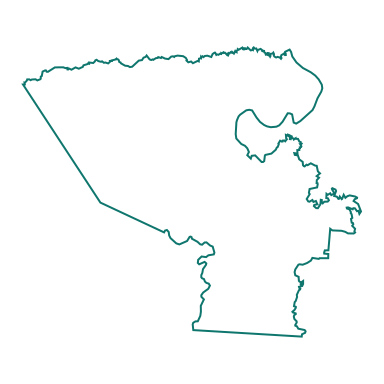 Jesús Carranza, Veracruz, Mexico (Natural Earth projection)
{"feature_id": "50627088B88561076881356", "entity_name": "Jesús Carranza", "entity_type": "district", "adm_level": 2, "iso_a3": "MEX", "parent_name": "Mexico", "parent_adm1": "Veracruz", "projection": "natural_earth1", "projection_center": [-94.861, 17.388], "detail": "fine", "context": "isolated", "style": "outline", "palette": "teal", "viewbox_px": 384, "rotation_deg": 0, "n_neighbors": 0, "source": "geoboundaries", "source_scale": "gbopen_adm2", "svg_char_len": 5875}
<svg xmlns="http://www.w3.org/2000/svg" viewBox="0 0 384 384"><path d="M301.7,336.6L302.0,334.3L305.1,332.8L305.6,331.3L304.6,330.0L298.3,328.7L296.9,326.3L295.3,325.7L295.2,325.1L296.7,322.5L296.6,321.3L294.4,319.0L293.8,316.7L294.2,315.2L295.8,314.0L295.7,313.4L292.8,312.4L292.4,311.8L294.6,309.8L295.8,307.8L295.8,306.8L294.0,306.2L294.7,302.1L295.7,301.0L297.1,296.9L296.8,294.9L299.0,290.1L300.1,289.5L300.3,288.6L299.3,288.0L299.0,286.8L301.7,286.1L300.6,284.1L301.3,283.3L302.7,284.9L303.1,284.1L303.1,281.0L301.3,282.3L299.6,281.7L298.9,280.9L298.6,276.8L295.3,275.3L294.6,272.1L295.3,269.4L298.4,264.7L299.6,264.3L302.7,264.7L307.1,263.0L310.9,260.6L312.4,257.9L318.8,258.9L319.6,258.2L328.2,258.2L328.3,254.0L324.2,253.6L324.1,252.6L324.8,250.4L328.4,250.3L330.2,228.8L332.3,230.4L341.6,230.8L345.2,231.8L348.0,233.4L353.7,233.5L355.1,232.5L354.4,231.4L355.1,228.8L352.2,225.8L353.3,224.3L353.0,223.1L351.7,222.7L351.0,218.9L352.3,217.9L351.6,214.2L350.7,213.1L350.9,212.1L349.5,209.4L346.9,208.5L346.7,207.6L348.1,207.4L352.7,209.3L353.3,208.2L354.9,208.3L357.0,211.2L358.5,210.8L359.4,213.9L361.0,211.5L358.1,204.0L353.6,201.0L354.7,199.2L357.0,198.2L357.1,197.6L355.1,196.5L349.7,195.4L347.4,196.2L345.4,197.8L343.7,194.8L342.1,198.9L341.7,199.2L339.8,196.6L339.0,198.8L338.4,198.9L336.9,196.7L334.2,196.0L336.1,191.0L335.5,189.6L332.4,188.2L331.9,188.6L332.1,189.5L334.4,193.4L331.3,195.1L330.2,193.3L327.8,194.8L326.5,193.8L326.3,198.1L327.9,198.3L328.9,200.3L327.7,201.6L324.3,201.7L322.7,203.4L321.8,202.6L321.8,200.0L320.8,199.8L320.4,204.3L317.9,208.2L316.2,208.1L313.9,206.1L314.3,204.9L317.4,204.3L315.9,201.0L313.4,201.9L312.4,200.0L309.5,201.7L308.2,201.4L306.7,199.0L309.7,194.1L308.9,192.9L309.6,189.0L317.1,187.4L317.7,184.4L317.5,183.2L316.6,183.1L316.8,180.1L319.0,177.7L316.7,176.1L320.0,173.4L317.9,171.4L316.7,165.8L315.1,165.6L310.8,163.3L307.6,165.2L306.5,164.7L304.6,166.4L303.8,166.1L303.0,165.2L302.7,161.9L299.2,159.3L297.9,155.4L294.8,154.9L294.3,153.1L297.5,153.6L297.3,150.1L299.2,150.0L299.0,149.2L300.0,148.4L299.8,147.3L301.1,147.0L301.4,146.3L300.3,144.4L301.0,144.5L301.6,143.6L300.6,143.2L300.7,142.1L299.4,141.6L298.0,138.9L295.8,138.8L295.7,138.2L293.9,139.5L293.6,138.5L292.0,138.2L291.8,136.4L290.9,136.0L290.3,137.5L290.9,137.8L290.7,139.2L289.9,139.1L290.1,136.5L288.9,136.3L289.2,135.1L287.8,134.6L287.5,135.6L285.9,134.9L286.2,138.5L286.9,139.2L285.2,141.3L284.4,140.5L282.7,140.6L282.6,141.5L281.8,141.6L280.1,140.7L278.4,143.6L278.8,144.1L277.7,147.0L276.8,147.5L275.8,149.7L271.4,153.6L265.4,154.9L264.9,155.5L264.2,161.1L263.0,162.0L261.6,162.0L255.2,155.4L251.7,155.8L250.8,158.6L247.3,155.2L248.9,152.0L247.3,148.3L245.0,145.8L241.3,144.0L236.3,138.5L235.7,134.1L236.4,122.3L237.0,120.1L238.6,116.4L240.1,114.7L246.3,110.3L249.3,109.8L252.1,110.4L256.5,117.5L260.0,121.9L264.1,125.0L267.1,126.4L270.8,127.2L276.4,126.7L279.3,125.3L282.6,121.7L287.7,113.3L289.9,113.4L292.1,114.4L293.7,122.6L296.2,123.6L300.4,121.0L312.5,110.1L314.4,106.5L317.5,98.3L321.3,91.6L322.3,88.3L321.8,84.7L318.7,79.4L315.3,75.6L310.7,72.2L302.9,68.0L296.5,62.5L292.3,56.5L291.1,52.0L289.6,49.6L285.1,51.8L284.7,52.6L285.7,53.6L285.8,55.0L285.0,55.1L283.5,53.9L281.4,55.1L280.9,56.5L281.5,58.1L281.0,58.8L279.8,57.5L277.5,56.9L276.1,57.5L274.5,56.6L273.8,55.6L274.0,54.1L273.3,52.6L272.5,53.6L270.7,53.8L270.1,54.6L270.5,55.9L270.1,56.7L269.6,55.8L268.0,55.1L268.5,54.9L268.7,53.1L267.5,53.0L266.6,54.6L265.8,54.7L265.4,53.0L264.3,52.4L264.1,50.9L263.0,50.7L261.8,51.6L262.4,50.3L260.6,48.9L257.8,50.0L257.4,51.0L256.3,48.5L254.9,48.7L253.7,47.4L253.2,47.8L253.0,49.6L252.6,49.2L252.2,50.1L250.7,50.4L247.7,47.5L246.7,49.0L245.1,49.1L245.1,48.3L244.0,48.2L243.7,49.4L242.9,49.2L242.3,47.6L238.7,49.7L237.8,49.1L237.7,50.1L236.5,50.8L236.6,52.2L235.5,51.7L234.9,52.3L234.8,51.8L233.9,53.6L232.1,51.9L231.8,52.7L230.7,52.1L229.7,53.3L228.9,53.0L228.1,55.5L227.3,55.2L227.0,54.0L226.6,54.4L224.9,52.7L223.9,53.0L223.5,52.3L221.7,53.4L221.2,53.1L221.1,54.0L219.8,53.8L218.5,54.8L217.0,54.4L216.3,54.9L215.2,52.7L214.5,52.7L212.6,54.0L211.3,57.0L207.4,55.7L204.8,56.0L203.5,57.1L202.4,56.2L201.8,56.5L201.3,57.8L201.0,57.3L200.9,58.2L199.0,58.7L198.8,61.4L197.7,60.9L192.9,63.2L191.1,61.5L188.3,62.3L186.5,60.6L187.0,60.0L185.8,57.9L183.2,56.2L177.6,55.6L174.9,56.2L174.2,57.0L173.1,56.3L171.2,56.6L168.5,59.1L165.1,58.6L161.7,57.0L161.0,58.0L158.2,57.1L157.8,57.9L155.8,58.2L153.3,59.8L152.8,59.4L151.2,60.0L149.6,59.4L146.6,55.5L145.6,56.9L143.5,57.7L142.0,60.1L138.8,60.6L132.2,66.7L129.9,67.1L128.0,66.0L125.1,65.7L120.9,63.3L120.6,62.5L119.3,62.0L118.7,60.0L117.7,59.2L116.6,59.3L116.4,58.7L115.2,59.6L111.7,60.4L111.8,61.0L110.2,61.0L110.4,61.4L108.2,63.4L105.3,62.5L103.9,62.8L102.0,61.3L101.1,61.8L98.3,61.1L96.6,59.8L95.4,60.3L94.8,61.5L93.2,63.0L89.1,62.5L89.1,63.7L88.1,63.4L87.8,64.0L83.5,65.3L82.8,66.9L78.8,68.7L75.5,67.4L71.5,69.7L68.9,68.5L68.1,69.5L67.4,69.4L67.3,67.9L65.4,68.1L63.2,67.3L54.9,67.4L47.9,71.8L46.6,71.7L45.9,70.4L45.1,70.4L42.6,71.6L41.8,76.0L40.8,76.6L40.7,78.8L40.2,79.3L37.3,80.4L35.6,79.3L31.9,79.5L30.6,80.2L29.4,79.4L27.2,79.4L26.9,80.5L24.9,82.7L24.5,82.6L24.8,84.4L23.0,84.5L100.4,202.6L164.1,232.4L165.0,230.6L166.9,230.0L168.7,232.0L169.2,235.5L170.5,238.1L176.3,243.4L179.4,244.4L187.1,241.0L189.6,236.9L190.7,236.6L191.6,237.2L191.9,238.7L197.5,241.8L200.2,244.3L202.1,244.7L204.6,242.5L206.5,242.4L210.1,245.5L212.7,246.6L214.4,252.6L213.8,254.4L208.4,255.3L206.1,257.1L201.6,256.5L198.2,259.8L197.8,262.9L199.2,264.3L204.6,261.9L206.3,263.4L206.0,264.8L203.0,269.1L202.3,273.0L201.3,275.1L201.3,277.3L202.1,278.3L204.0,279.1L204.9,281.5L206.4,282.9L208.7,283.6L209.9,285.6L208.3,288.8L203.2,292.5L201.3,295.2L201.4,296.8L203.9,299.4L200.8,305.8L200.9,311.7L200.3,315.9L197.8,321.3L195.4,321.4L193.2,322.8L192.7,324.4L193.3,330.1L301.7,336.6Z" fill="none" stroke="#0f766e" stroke-width="2"/></svg>